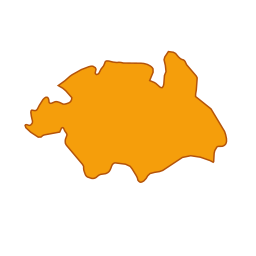 SVG path tracing the border of Carabobo, rotated 147°
{"feature_id": "VEN-33", "entity_name": "Carabobo", "entity_type": "State", "adm_level": 1, "iso_a3": "VEN", "parent_name": "Venezuela", "parent_adm1": "", "projection": "mercator", "projection_center": [-67.927, 10.207], "detail": "fine", "context": "isolated", "style": "filled", "palette": "amber", "viewbox_px": 256, "rotation_deg": 147, "n_neighbors": 0, "source": "natural_earth", "source_scale": "10m", "svg_char_len": 2621}
<svg xmlns="http://www.w3.org/2000/svg" viewBox="0 0 256 256"><g transform="rotate(147 128 128)"><path d="M75.2,52.9L77.0,56.1L83.2,64.1L90.5,70.6L98.4,73.7L121.9,73.5L125.3,74.3L129.8,76.3L134.3,77.8L137.5,77.2L140.3,75.8L143.6,75.0L145.9,75.2L147.3,75.9L147.9,77.3L148.1,78.8L147.3,81.1L147.0,83.7L146.8,91.4L147.1,94.7L149.8,99.0L157.7,105.7L158.6,106.1L159.5,106.1L160.6,106.0L161.5,105.6L162.3,105.1L164.6,103.4L166.2,102.4L167.1,102.0L168.2,101.7L169.3,101.6L170.5,101.7L171.6,101.9L176.2,104.0L177.3,104.2L178.5,104.3L181.8,103.9L182.9,104.0L183.9,104.3L184.8,104.7L185.7,105.3L186.4,106.1L188.6,108.9L189.1,110.1L189.2,111.8L188.5,115.0L188.0,116.7L187.4,118.0L186.2,119.9L186.0,120.8L186.0,122.7L189.0,146.8L189.0,148.0L188.8,149.4L187.9,151.0L187.2,152.0L186.4,152.8L183.3,155.1L182.7,155.9L182.5,157.1L182.6,160.1L182.4,161.3L182.2,162.4L182.2,163.4L182.7,164.0L183.9,164.1L187.5,161.8L201.7,167.7L202.5,167.9L203.5,168.1L204.4,168.0L205.9,167.8L208.3,169.3L211.9,177.5L213.5,183.9L212.9,186.2L212.2,186.5L211.4,186.2L210.8,185.6L209.6,184.1L208.7,183.6L207.5,183.6L205.7,184.2L204.8,185.1L204.2,186.1L203.9,187.1L202.6,190.6L201.0,194.0L199.9,195.2L198.9,195.4L196.9,193.5L196.1,193.0L195.1,192.8L194.2,193.0L193.3,193.4L190.0,195.3L183.9,198.1L182.1,198.5L180.5,198.6L179.6,198.2L178.9,197.6L178.7,196.7L178.8,195.8L179.1,194.8L180.0,193.0L180.2,192.2L180.0,191.4L179.5,190.8L178.6,190.4L175.1,189.8L174.1,189.4L173.3,188.8L172.7,188.2L171.5,186.8L169.5,183.5L168.9,183.0L167.9,182.4L166.4,181.9L164.0,181.3L162.6,181.3L161.4,181.6L159.8,182.6L158.6,184.1L159.9,193.0L161.0,196.8L163.4,201.6L155.2,202.0L148.4,203.0L146.0,203.1L135.3,202.4L127.4,200.7L125.4,200.0L124.4,199.4L123.6,198.6L122.6,196.4L122.7,195.3L123.0,194.5L125.2,192.4L125.7,191.6L125.6,190.7L125.2,189.9L124.0,189.6L123.3,189.6L122.5,189.8L118.5,192.1L114.6,193.4L110.7,196.1L109.4,195.9L107.7,194.7L104.7,191.5L101.7,189.0L99.9,188.1L98.2,186.8L96.5,185.0L95.6,184.4L81.9,175.3L79.5,173.4L77.1,170.7L75.7,168.2L75.1,166.7L74.8,165.3L74.8,164.0L76.6,161.1L84.0,156.0L81.3,152.1L80.4,150.3L79.0,145.2L78.6,144.3L77.9,143.6L77.1,143.2L75.5,144.0L73.9,145.5L68.9,152.1L65.4,154.6L62.6,160.1L60.6,165.6L58.5,167.5L52.5,170.1L48.7,166.8L47.5,164.6L47.0,160.2L46.3,157.6L45.5,156.2L44.4,154.9L44.0,153.8L43.9,152.6L44.4,149.1L42.5,134.7L42.6,132.7L43.1,131.8L50.0,122.7L52.6,119.9L54.2,117.6L48.0,98.8L48.9,72.6L49.7,69.4L51.2,65.5L52.6,63.2L53.3,62.5L54.0,61.9L54.8,61.4L55.8,61.1L56.9,61.0L58.1,61.1L59.1,61.4L62.3,63.4L63.2,63.7L64.1,63.5L67.5,61.8L69.5,59.9L74.5,53.1L75.2,52.9Z" fill="#f59e0b" stroke="#b45309" stroke-width="1.5"/></g></svg>